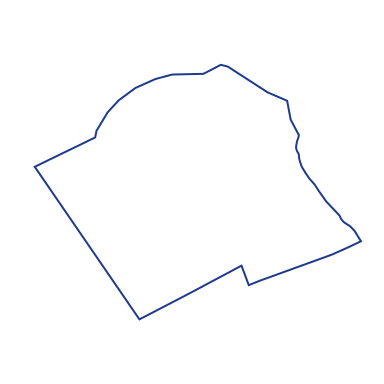 outline of Stewart, Tennessee, United States of America, rotated 154°
{"feature_id": "52423323B53848187527532", "entity_name": "Stewart", "entity_type": "district", "adm_level": 2, "iso_a3": "USA", "parent_name": "United States of America", "parent_adm1": "Tennessee", "projection": "orthographic", "projection_center": [-87.951, 36.503], "detail": "fine", "context": "isolated", "style": "outline", "palette": "blue", "viewbox_px": 384, "rotation_deg": 154, "n_neighbors": 0, "source": "geoboundaries", "source_scale": "gbopen_adm2", "svg_char_len": 681}
<svg xmlns="http://www.w3.org/2000/svg" viewBox="0 0 384 384"><g transform="rotate(154 192 192)"><path d="M295.1,100.6L266.2,101.3L238.8,102.0L179.8,104.1L181.8,83.4L169.6,82.5L93.6,74.4L75.7,73.8L61.7,73.7L63.0,86.1L65.0,92.1L68.2,97.3L69.0,99.1L69.8,102.4L69.7,106.0L75.5,124.6L77.6,137.4L78.5,145.0L80.6,152.5L81.6,159.3L82.3,166.8L81.4,173.3L80.5,176.8L79.7,178.2L79.4,180.1L79.7,182.3L79.4,185.0L78.5,187.3L75.3,191.6L72.5,194.3L71.0,196.3L71.6,213.8L66.5,232.3L80.3,248.3L104.9,289.1L110.4,293.7L129.9,293.2L158.4,306.3L175.5,309.6L197.2,310.3L217.5,306.6L232.9,300.6L251.1,288.8L255.1,283.5L322.3,283.6L295.1,100.6Z" fill="none" stroke="#1e3a8a" stroke-width="2"/></g></svg>